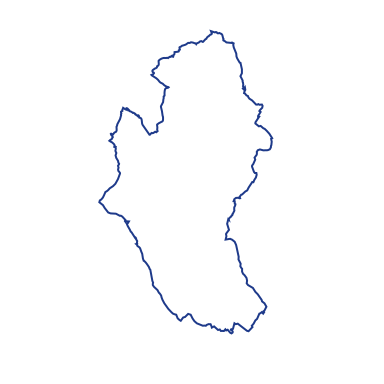 outline of Cepari, Arges, Romania, rotated 74°
{"feature_id": "2599482B57703941239263", "entity_name": "Cepari", "entity_type": "district", "adm_level": 2, "iso_a3": "ROU", "parent_name": "Romania", "parent_adm1": "Arges", "projection": "robinson", "projection_center": [24.502, 45.211], "detail": "fine", "context": "isolated", "style": "outline", "palette": "blue", "viewbox_px": 384, "rotation_deg": 74, "n_neighbors": 0, "source": "geoboundaries", "source_scale": "gbopen_adm2", "svg_char_len": 5997}
<svg xmlns="http://www.w3.org/2000/svg" viewBox="0 0 384 384"><g transform="rotate(74 192 192)"><path d="M312.7,238.3L310.2,235.1L310.2,233.1L308.1,229.3L309.6,227.1L313.8,226.3L316.8,225.3L319.6,223.5L323.5,218.5L323.9,216.6L324.4,215.6L323.8,214.5L323.6,212.5L324.2,210.6L326.1,210.3L327.8,210.3L327.3,207.8L331.8,205.0L331.8,203.2L333.5,202.6L334.4,199.6L333.2,197.8L334.5,197.3L334.4,196.5L334.2,196.2L334.2,195.7L337.9,194.0L338.8,193.0L338.4,191.9L337.8,191.4L337.0,191.4L336.1,191.8L335.5,192.5L334.9,192.5L334.7,192.0L335.2,191.1L334.8,190.3L329.9,187.4L331.1,186.4L331.2,184.3L340.6,177.4L341.4,176.0L338.5,171.1L337.1,171.4L335.6,169.1L332.9,166.5L331.9,164.4L327.5,160.8L327.4,159.7L326.7,158.0L328.5,157.1L327.5,155.9L326.9,156.3L326.3,156.1L326.0,155.1L322.8,152.1L319.0,153.0L316.5,154.8L314.9,154.8L308.4,157.0L305.5,158.6L301.0,159.9L296.9,163.8L294.9,164.6L292.4,163.5L289.6,163.3L286.5,164.4L284.6,165.5L282.3,165.8L279.6,165.0L278.4,165.6L276.7,166.0L274.3,165.0L269.7,165.9L267.1,165.0L255.1,164.2L251.6,164.7L248.9,166.6L247.5,168.3L247.0,172.8L244.0,171.1L241.8,170.9L241.1,170.2L238.6,166.9L232.3,167.0L228.1,164.6L228.6,164.3L228.4,164.3L227.2,163.0L226.7,162.0L226.4,161.1L225.7,160.6L225.5,159.9L225.3,159.9L224.9,159.3L224.4,159.2L224.1,158.7L221.6,156.4L220.3,156.2L218.4,155.6L217.0,154.3L215.7,153.6L215.0,154.1L212.7,153.5L212.3,154.5L210.5,153.2L209.8,151.3L210.3,149.1L211.1,148.2L211.2,147.5L209.8,147.6L208.2,145.5L208.2,144.5L206.2,140.6L205.7,138.5L203.3,136.3L199.0,131.3L199.5,130.3L197.4,128.6L195.7,126.6L193.3,125.1L191.5,124.9L191.1,126.3L189.7,126.9L184.1,127.3L183.1,126.9L182.1,125.5L178.3,122.3L176.2,122.4L174.0,119.5L172.3,118.8L171.3,118.7L170.0,117.3L169.8,115.0L171.6,112.0L172.7,107.7L172.4,105.4L170.9,103.9L169.5,103.4L168.8,102.8L165.6,101.5L162.7,101.3L162.4,100.1L157.3,101.6L153.8,103.3L151.2,104.8L150.5,105.8L147.4,107.8L147.3,109.6L143.6,112.2L142.5,111.8L138.2,106.8L137.8,107.7L137.0,107.4L134.0,104.0L132.7,104.9L131.8,103.8L130.4,101.3L128.7,100.4L127.2,100.7L126.7,103.2L125.8,104.0L126.0,105.2L125.6,106.3L120.5,109.0L118.1,111.1L116.5,111.7L115.1,111.8L114.2,113.0L112.0,113.9L111.3,114.7L109.9,113.9L108.5,112.6L106.0,112.3L107.4,114.1L106.5,114.6L105.7,113.5L104.3,113.8L103.3,113.2L100.7,112.8L100.1,113.0L98.8,112.6L94.0,113.5L91.6,111.3L87.8,110.2L81.2,109.8L80.8,110.5L76.1,111.7L74.1,111.9L71.1,111.3L64.6,112.0L61.9,111.8L60.6,111.0L59.4,112.3L59.7,112.7L57.7,117.7L56.2,118.7L55.0,120.0L54.5,120.1L53.9,119.6L53.5,119.5L52.9,119.7L49.5,119.6L48.1,120.1L47.8,120.7L46.7,121.8L46.7,123.1L46.5,123.6L46.0,124.0L45.2,124.3L44.8,125.0L44.9,125.7L44.8,126.2L42.6,129.4L45.0,129.2L45.4,129.4L45.8,130.0L45.8,131.1L46.8,132.9L46.7,133.0L47.3,134.5L48.0,135.4L48.7,136.0L48.8,136.9L50.7,140.0L50.6,140.5L49.6,141.3L49.5,141.6L49.5,142.9L50.1,144.0L50.6,146.8L51.0,147.2L50.1,147.5L49.9,148.2L48.7,149.8L48.0,151.2L47.8,151.8L48.1,153.0L47.6,154.6L48.6,157.5L48.7,160.1L48.6,161.2L49.1,162.2L49.4,164.0L49.8,164.3L51.8,164.4L52.1,165.6L53.2,166.0L53.3,166.8L52.7,170.2L54.6,170.9L55.2,171.6L55.4,172.5L56.5,172.6L56.8,172.8L56.4,173.6L55.6,174.3L56.1,174.9L56.2,175.7L55.9,176.3L56.7,178.1L56.1,178.9L56.1,180.1L55.6,181.2L55.6,181.8L55.3,182.5L55.4,184.6L55.8,186.1L56.1,187.0L56.8,188.0L60.0,188.7L60.8,189.2L61.3,189.9L61.5,190.9L62.4,191.3L62.7,191.6L63.1,192.9L63.1,193.8L63.6,195.0L63.8,195.7L64.3,196.5L65.3,196.8L66.0,196.6L66.8,195.8L67.3,195.8L68.1,196.9L68.3,198.7L68.8,198.5L72.8,195.0L74.7,193.8L77.1,192.8L78.2,192.1L79.8,190.3L81.6,189.3L82.8,188.3L84.0,187.0L84.7,185.7L84.9,185.6L85.2,186.4L85.0,188.3L85.7,189.5L87.1,190.3L89.1,191.1L91.7,191.8L92.0,192.1L92.2,192.7L92.5,193.0L93.9,193.3L95.1,194.0L97.6,195.0L101.0,198.2L101.7,198.4L106.1,198.6L110.3,199.2L112.0,199.2L114.2,199.8L115.4,200.3L116.0,201.1L116.7,204.8L117.5,206.9L117.9,207.1L120.4,207.5L122.5,208.3L124.0,208.3L124.4,209.2L124.7,209.9L123.9,210.8L124.6,212.8L124.6,213.7L124.1,214.4L124.5,215.4L125.3,216.6L125.2,217.1L113.8,221.0L112.5,221.1L108.9,220.5L107.7,220.5L106.8,220.9L106.0,222.2L105.3,222.2L104.4,223.1L104.0,222.8L104.0,222.2L103.7,222.3L103.3,222.7L103.3,223.7L101.9,225.0L101.5,225.2L101.2,225.0L99.7,226.4L99.7,227.0L99.3,227.2L97.8,228.6L97.1,229.7L96.2,229.8L96.0,230.6L95.5,230.5L95.2,231.5L95.1,231.4L95.2,230.8L94.9,230.6L94.3,230.8L93.5,231.5L93.4,231.8L94.5,232.2L94.6,232.6L93.9,233.5L92.1,235.0L94.0,236.4L94.9,236.6L95.1,237.8L95.3,238.1L96.1,238.3L96.9,238.2L97.7,238.9L98.5,238.9L102.1,241.1L106.4,245.2L107.5,245.7L108.5,246.6L111.1,247.2L112.3,247.6L113.2,248.5L113.4,249.8L113.6,250.4L114.9,252.0L114.7,252.5L113.8,253.4L113.6,253.7L113.7,254.0L114.6,254.0L116.9,253.0L117.6,253.1L118.1,253.9L118.6,254.1L119.1,254.8L119.4,256.2L120.0,257.3L121.1,256.4L122.3,255.1L124.5,253.8L125.7,253.5L127.2,254.3L127.4,254.0L127.4,253.0L127.6,252.8L128.4,253.3L129.4,253.3L131.1,254.2L132.2,254.3L133.0,254.0L133.7,254.0L135.8,255.4L138.4,255.4L141.7,254.5L143.4,254.7L144.8,254.3L145.3,254.6L146.4,255.9L148.4,255.9L149.8,256.8L151.3,257.0L153.6,256.0L154.4,256.1L159.2,259.6L163.0,263.4L164.6,266.3L165.8,270.1L166.9,271.8L167.5,273.0L167.9,274.2L168.1,275.2L170.8,277.4L172.8,279.2L174.2,281.3L174.7,282.9L176.3,283.9L180.1,281.2L183.4,280.3L188.6,278.2L190.1,276.2L191.9,271.1L195.0,267.9L195.1,267.0L196.4,265.8L200.6,263.7L201.4,264.5L202.8,264.0L202.0,263.3L202.9,260.8L204.3,262.3L204.7,263.3L205.1,263.4L207.2,263.1L210.8,262.2L213.2,261.8L214.1,261.2L220.2,259.4L220.1,258.9L220.9,258.6L221.1,259.0L224.1,258.2L225.5,258.9L226.5,258.9L226.6,260.0L227.3,259.5L228.9,259.3L230.6,257.9L231.8,257.4L235.4,257.2L237.7,256.9L242.4,257.5L244.6,257.4L244.6,257.2L247.0,255.9L249.1,255.1L252.2,254.1L254.4,253.9L255.2,253.5L266.5,254.6L268.5,254.4L269.5,255.0L270.7,255.3L272.6,254.7L276.8,252.2L279.7,251.6L280.6,251.0L283.0,250.2L284.9,250.3L287.4,250.1L291.3,249.3L297.8,247.0L301.9,244.9L303.7,243.8L304.7,242.5L305.6,241.0L309.5,240.6L311.6,239.3L312.7,238.3Z" fill="none" stroke="#1e3a8a" stroke-width="2"/></g></svg>